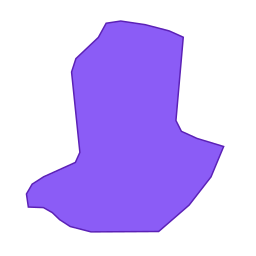 the Metropolitan department of Val-de-Marne, rotated 94°
{"feature_id": "FRA-5350", "entity_name": "Val-de-Marne", "entity_type": "Metropolitan department", "adm_level": 1, "iso_a3": "FRA", "parent_name": "France", "parent_adm1": "", "projection": "orthographic", "projection_center": [2.475, 48.774], "detail": "fine", "context": "isolated", "style": "filled", "palette": "violet", "viewbox_px": 256, "rotation_deg": 94, "n_neighbors": 0, "source": "natural_earth", "source_scale": "10m", "svg_char_len": 476}
<svg xmlns="http://www.w3.org/2000/svg" viewBox="0 0 256 256"><g transform="rotate(94 128 128)"><path d="M139.8,31.3L171.0,41.8L200.7,61.7L229.1,90.2L234.2,157.7L230.3,178.8L224.2,189.8L217.7,197.6L213.3,206.8L213.8,221.9L200.9,224.7L190.7,219.7L182.5,208.7L166.0,178.1L155.7,174.3L76.1,188.2L62.4,184.8L39.7,163.9L25.0,157.1L21.8,142.7L23.7,118.1L28.3,93.6L33.6,79.2L117.2,80.7L127.6,74.5L133.6,58.4L139.8,31.3Z" fill="#8b5cf6" stroke="#5b21b6" stroke-width="1.5"/></g></svg>